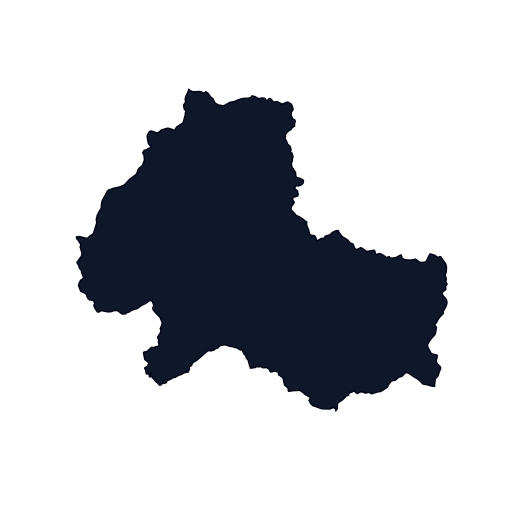 outline of Vo Nhai, Thái Nguyên, Vietnam, rotated 342°
{"feature_id": "81297802B13645799597087", "entity_name": "Vo Nhai", "entity_type": "district", "adm_level": 2, "iso_a3": "VNM", "parent_name": "Vietnam", "parent_adm1": "Thái Nguyên", "projection": "orthographic", "projection_center": [106.082, 21.786], "detail": "fine", "context": "isolated", "style": "filled", "palette": "ink", "viewbox_px": 512, "rotation_deg": 342, "n_neighbors": 0, "source": "geoboundaries", "source_scale": "gbopen_adm2", "svg_char_len": 6109}
<svg xmlns="http://www.w3.org/2000/svg" viewBox="0 0 512 512"><g transform="rotate(342 256 256)"><path d="M335.0,138.8L333.2,136.7L333.2,135.0L332.6,133.4L334.1,130.2L336.7,127.9L336.7,123.6L336.2,122.0L333.9,119.6L332.7,119.2L329.1,119.7L327.5,119.4L323.9,115.8L320.1,115.0L319.0,111.9L318.0,110.6L317.2,110.4L315.3,111.4L314.1,111.2L313.7,110.7L313.2,109.1L312.5,108.4L310.9,107.7L307.0,107.1L304.2,104.0L301.6,102.5L300.4,103.5L299.5,103.7L297.5,103.6L292.5,102.2L290.0,102.0L285.6,102.1L283.3,102.4L278.6,101.8L272.9,103.0L270.7,102.9L268.7,101.6L267.3,101.1L264.5,98.2L263.9,95.6L263.8,93.7L261.9,90.4L260.6,86.3L259.0,84.3L256.6,84.9L255.9,84.6L254.5,82.8L253.1,82.1L247.0,80.4L244.6,78.6L243.7,76.9L241.8,79.2L238.4,82.7L237.0,85.3L236.9,87.5L234.1,89.8L233.6,90.9L233.2,94.1L233.4,94.8L234.3,96.0L234.3,96.7L233.0,98.1L232.3,100.0L227.8,106.8L220.4,108.8L217.2,111.5L213.7,108.3L211.3,107.1L205.1,106.9L201.9,108.3L200.2,108.4L199.1,108.0L197.0,106.1L195.0,104.8L193.7,104.7L192.7,105.1L190.3,107.1L189.3,109.1L188.4,115.8L189.9,119.5L189.4,120.1L188.6,120.3L184.2,121.1L182.3,121.0L181.5,121.5L180.1,123.1L180.7,124.9L179.6,130.3L175.7,135.0L171.9,136.4L170.6,137.4L167.7,141.2L159.0,144.2L155.2,146.5L152.6,147.8L147.4,148.2L141.5,147.6L135.7,147.8L134.7,148.4L126.9,155.9L125.6,157.8L123.4,163.0L120.8,165.0L117.5,168.4L115.3,172.1L115.0,174.8L114.7,175.4L108.8,183.8L107.5,184.8L103.9,185.8L101.1,187.1L99.8,186.6L94.2,183.0L91.7,182.4L91.0,182.5L90.9,184.2L91.9,186.5L92.9,190.6L92.7,191.6L91.6,193.0L91.4,199.8L90.6,201.3L89.5,202.5L83.7,206.8L84.5,210.5L84.3,212.8L85.5,216.0L85.1,217.5L85.3,223.6L85.0,224.0L81.8,224.9L79.8,226.7L78.1,229.2L78.4,235.3L81.6,238.2L83.0,240.5L82.8,242.5L83.2,244.8L84.2,246.3L86.9,247.5L87.9,248.6L87.8,251.6L86.5,252.9L86.7,255.8L87.8,260.0L88.4,260.5L89.3,260.7L92.1,260.1L97.7,263.3L101.1,264.2L104.0,264.0L107.0,265.0L107.7,265.4L110.3,269.2L111.3,270.0L114.1,270.7L114.9,270.0L118.3,270.0L120.5,269.2L127.0,269.2L132.1,267.5L136.6,267.0L140.5,265.6L142.4,265.8L142.9,266.4L143.3,267.7L143.6,271.1L141.9,273.5L141.5,274.8L142.4,277.7L145.9,285.0L146.1,290.1L145.9,291.4L142.5,295.6L142.6,297.5L141.5,299.4L137.3,302.8L137.4,306.5L136.6,307.5L136.4,311.2L134.7,311.7L132.7,311.3L130.7,311.6L128.4,310.6L122.6,313.2L119.9,312.7L119.1,313.3L118.3,320.1L120.8,323.8L121.1,325.3L119.6,326.2L119.5,326.9L118.9,327.4L117.5,327.5L115.5,328.2L115.8,331.0L115.3,334.1L117.3,335.1L119.8,335.0L120.0,336.0L118.7,336.0L117.8,336.5L117.4,337.0L117.4,337.9L119.8,338.6L119.9,339.8L121.2,342.2L121.5,343.8L122.9,345.8L124.4,349.1L125.6,349.2L128.0,348.1L129.3,348.8L131.5,348.7L132.8,347.2L133.4,347.0L136.6,346.8L139.6,346.0L141.6,346.4L145.6,345.5L148.2,345.6L151.5,344.9L155.5,345.4L157.7,343.0L158.4,340.7L160.6,340.2L163.2,337.7L166.8,337.1L180.5,331.4L181.6,331.3L183.9,332.3L186.7,332.4L189.3,331.5L191.2,331.7L193.9,330.0L199.2,330.9L203.7,334.1L204.8,334.4L208.6,337.1L209.8,337.6L211.3,339.9L213.2,340.9L213.8,341.8L214.5,345.9L215.6,347.5L215.3,348.7L215.4,350.0L216.4,352.7L216.0,358.4L216.2,361.0L220.7,361.8L222.3,361.4L224.5,362.3L226.3,362.6L228.2,364.5L231.3,365.2L233.3,367.4L233.7,368.5L233.7,369.8L234.1,370.7L235.2,371.2L236.9,370.9L238.6,371.3L239.7,372.0L241.6,373.9L241.0,374.8L240.9,376.0L243.3,379.1L244.0,380.8L243.3,387.6L245.5,391.0L245.6,392.5L245.1,394.0L245.3,394.8L250.0,395.6L256.2,397.3L258.8,400.7L259.7,402.5L263.9,407.2L263.6,408.1L261.9,409.6L262.3,412.9L263.6,415.6L271.5,421.7L278.9,424.3L283.2,424.0L283.7,425.1L284.6,425.7L284.3,427.6L285.7,426.7L286.2,426.0L287.6,422.0L288.7,421.0L294.1,419.4L298.8,416.9L301.0,416.9L301.6,415.7L302.5,415.0L305.5,415.0L307.1,414.6L307.9,415.0L309.4,417.8L310.2,418.1L312.5,417.6L314.8,417.8L317.5,420.1L321.5,420.6L323.3,422.7L330.3,422.9L332.7,423.4L340.1,421.5L341.1,420.8L341.7,419.7L346.1,416.7L350.4,417.1L354.0,415.4L357.7,415.5L361.5,413.4L362.9,413.2L365.0,414.7L368.8,419.7L371.7,422.8L373.1,425.0L374.9,428.8L375.5,429.5L379.0,431.3L382.7,433.9L385.5,435.1L388.5,428.1L390.6,427.2L392.2,426.1L394.3,423.0L396.4,420.7L397.1,419.3L396.9,417.9L395.0,414.4L394.8,412.4L395.3,410.8L397.4,407.5L397.6,406.6L397.1,405.8L393.5,403.8L392.4,402.5L391.3,395.9L391.5,393.8L392.6,392.3L394.1,390.9L398.0,388.2L401.3,386.4L402.6,385.2L405.4,380.0L405.4,378.7L404.6,377.0L404.8,376.5L407.4,374.8L409.1,372.9L411.5,371.1L416.3,368.5L416.9,366.5L420.2,363.6L422.7,360.5L423.4,358.6L423.6,356.6L423.2,355.1L421.6,351.4L421.4,349.0L422.2,347.9L426.0,346.6L426.4,345.9L426.8,343.6L429.0,341.8L428.6,339.0L429.9,336.7L430.0,332.6L431.7,330.4L433.3,326.7L433.9,324.4L433.9,321.8L431.4,313.8L430.9,313.5L429.0,313.5L427.9,313.0L426.3,310.6L422.7,308.1L422.1,307.9L421.6,308.3L415.9,314.0L414.0,313.9L411.2,313.3L409.3,312.1L407.4,309.1L406.6,308.3L401.7,307.7L396.3,305.5L394.3,303.1L394.4,300.3L394.1,299.7L388.8,300.7L383.8,299.9L383.1,299.3L382.5,297.9L379.9,297.7L379.1,297.3L377.8,295.2L374.8,292.0L370.5,291.6L370.3,291.0L370.5,287.9L369.8,286.9L362.6,285.9L359.6,281.8L358.2,280.4L354.7,281.0L353.0,280.6L352.3,279.3L351.9,274.6L349.5,272.6L348.0,268.9L344.0,264.3L342.3,259.4L342.1,257.5L341.7,257.1L339.9,256.7L336.9,257.0L334.9,257.6L333.0,258.8L330.0,258.5L327.8,258.7L325.5,260.6L324.2,259.6L323.5,259.4L319.1,260.5L318.5,259.9L318.5,257.1L318.0,255.1L317.5,254.5L315.2,253.6L314.0,252.4L313.6,250.9L314.1,247.9L313.7,242.8L313.9,241.3L314.7,239.1L313.7,238.2L312.3,235.7L309.4,232.2L306.6,229.7L306.0,227.7L303.8,223.5L303.7,221.8L304.9,220.0L308.7,217.2L308.9,216.1L308.1,214.1L308.9,212.1L310.2,211.7L313.7,211.8L314.5,211.4L315.1,210.6L315.5,206.9L313.8,204.2L314.5,202.2L315.9,201.7L318.4,202.5L320.8,202.4L323.0,201.6L324.0,200.1L324.4,198.9L323.9,197.8L321.7,195.6L319.3,194.2L318.7,193.5L318.7,191.5L319.5,188.2L318.6,186.6L318.3,184.4L317.6,182.8L318.3,178.6L320.2,176.4L320.4,175.0L321.6,173.7L321.9,172.4L322.0,169.4L320.7,167.8L322.1,165.9L322.4,162.9L322.1,161.8L320.6,159.3L320.5,156.6L319.9,153.0L321.1,151.4L321.4,149.8L321.9,149.2L325.5,147.1L328.4,146.5L330.1,145.0L332.7,144.5L333.5,142.0L334.9,140.4L335.0,138.8Z" fill="#0f172a" stroke="#020617" stroke-width="1.5"/></g></svg>